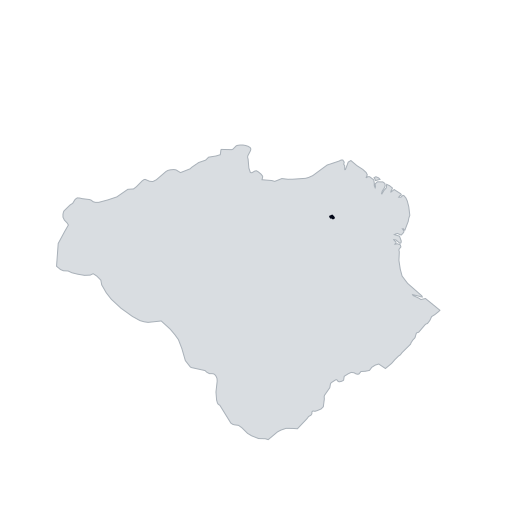 location of Enugu South, Enugu, Nigeria, rotated 221°
{"feature_id": "59680162B14374608149112", "entity_name": "Enugu South", "entity_type": "district", "adm_level": 2, "iso_a3": "NGA", "parent_name": "Nigeria", "parent_adm1": "Enugu", "projection": "orthographic", "projection_center": [7.525, 6.407], "detail": "fine", "context": "in_parent", "style": "filled", "palette": "ink", "viewbox_px": 512, "rotation_deg": 221, "n_neighbors": 0, "source": "geoboundaries", "source_scale": "gbopen_adm2", "svg_char_len": 4492}
<svg xmlns="http://www.w3.org/2000/svg" viewBox="0 0 512 512"><g transform="rotate(221 256 256)"><path d="M399.8,117.4L413.5,135.7L416.6,149.5L417.9,156.3L420.1,157.0L424.2,157.4L427.2,158.7L429.1,160.9L430.2,163.0L430.5,164.2L429.8,172.5L428.9,175.5L429.6,179.6L429.4,181.4L429.0,182.6L427.2,184.0L424.7,185.3L418.8,189.3L417.1,190.0L414.6,190.1L412.4,191.1L409.9,193.3L404.5,201.3L399.8,209.3L396.5,222.2L392.4,226.3L391.7,229.9L391.2,237.9L390.6,240.3L389.9,241.1L385.3,242.6L382.7,244.5L381.2,248.2L379.4,260.6L378.7,262.7L377.2,264.8L374.9,267.2L372.9,268.5L367.7,269.4L362.8,278.8L362.8,280.4L360.6,288.9L356.9,295.3L356.6,299.5L351.9,305.1L349.4,309.0L352.0,313.0L352.2,313.6L344.0,320.4L343.5,321.5L343.2,326.2L342.5,327.4L341.0,329.1L338.8,331.1L336.5,332.5L334.0,333.6L331.5,334.0L330.1,333.4L329.3,332.0L327.9,326.2L327.1,325.0L325.5,323.9L319.1,317.7L315.2,315.4L314.4,315.6L313.7,316.2L312.6,319.4L311.6,320.6L309.5,321.0L306.0,321.1L303.4,320.6L302.8,320.0L301.5,317.5L293.6,323.3L290.8,324.6L287.3,331.4L282.3,334.8L278.9,337.8L269.6,347.1L267.8,349.8L265.9,353.9L262.0,371.3L255.6,382.1L254.7,384.4L254.4,384.4L253.5,385.4L251.0,384.7L249.9,382.7L248.4,382.4L245.7,379.4L245.2,379.9L248.0,387.4L247.0,390.3L239.1,390.4L232.3,391.4L227.7,391.3L225.3,390.3L224.3,387.5L223.9,387.7L223.7,389.2L222.2,390.4L217.0,390.7L214.7,388.7L212.8,386.6L210.8,385.6L211.1,386.5L213.4,388.6L213.1,391.6L208.9,395.1L206.3,395.3L204.6,393.8L203.8,391.4L203.3,387.7L202.2,385.4L201.7,385.4L202.4,389.3L202.4,393.0L204.4,395.8L201.3,396.7L197.6,396.8L197.2,395.7L196.7,393.4L196.1,392.8L195.3,396.8L187.7,397.9L186.7,397.7L186.4,397.0L187.0,395.8L186.9,394.0L185.2,395.4L184.9,398.2L184.0,398.6L181.1,398.2L178.0,396.8L172.9,393.3L166.6,387.6L165.6,385.0L163.8,381.9L160.6,373.2L161.2,372.8L162.6,373.3L163.4,372.5L160.8,371.9L160.2,371.2L160.0,369.3L160.2,367.0L164.1,365.8L165.0,364.4L165.6,362.9L160.7,365.1L156.2,362.6L155.2,361.1L155.7,360.0L161.0,359.9L162.8,358.8L161.7,358.4L159.7,358.5L158.9,357.7L159.0,356.0L158.4,356.4L157.5,357.9L154.4,359.1L152.6,357.9L152.5,355.3L152.1,354.2L150.6,353.2L145.2,346.4L138.5,340.7L132.6,336.7L123.6,334.8L104.7,334.7L103.6,334.2L104.8,333.3L106.4,332.7L112.5,329.6L111.5,329.2L105.2,331.1L103.0,331.3L100.2,335.1L81.6,335.7L81.7,334.0L82.6,329.0L83.7,325.5L82.5,321.3L82.3,317.5L83.0,316.4L83.3,314.9L83.2,305.2L84.2,303.7L84.3,302.8L82.4,298.6L82.5,295.4L82.1,292.3L81.5,290.9L82.4,279.0L82.2,276.1L82.8,274.0L83.2,268.9L83.2,263.9L84.5,256.0L92.5,255.0L94.4,251.9L95.6,248.0L95.3,244.1L97.9,240.7L101.0,237.7L100.9,234.4L101.8,233.4L103.3,232.6L105.4,232.2L107.8,230.6L109.1,227.7L110.5,223.1L108.5,219.9L108.5,219.2L109.3,217.4L110.6,215.7L111.6,215.2L113.9,215.6L114.6,214.9L116.1,209.8L116.0,208.5L113.9,205.0L112.9,195.8L112.3,194.6L110.6,192.9L106.3,186.4L106.5,183.3L108.4,179.4L109.6,177.5L111.3,176.4L111.6,175.5L111.1,174.4L110.3,173.6L110.1,171.8L111.0,169.4L110.8,166.6L111.4,152.8L115.0,150.1L120.3,145.6L123.0,140.9L124.4,137.3L126.3,125.4L129.1,124.2L134.3,119.9L141.4,117.4L146.0,116.6L154.0,117.1L158.1,116.7L161.6,114.4L163.1,113.7L165.4,113.4L185.3,119.6L187.2,119.3L188.7,119.8L191.2,121.4L197.0,127.1L203.2,136.1L205.1,138.0L207.1,139.0L209.0,139.4L210.5,139.3L212.0,138.4L213.9,136.7L216.9,136.0L219.3,136.1L231.8,129.3L233.0,129.2L240.7,130.7L251.2,137.5L259.7,142.0L265.7,143.4L272.8,144.5L284.9,144.8L293.9,135.1L297.2,133.0L301.2,131.1L309.6,129.3L323.6,128.0L336.7,128.4L344.9,130.0L353.5,133.0L357.3,136.0L363.1,136.4L367.3,135.8L368.6,132.8L372.7,128.9L378.8,125.2L383.9,122.6L388.0,121.4L391.7,118.5L394.7,117.5L399.8,117.4ZM217.5,394.5L214.6,395.4L212.7,395.2L215.3,391.3L216.6,392.1L218.3,392.5L217.5,394.5Z" fill="#d9dde1" stroke="#a8b0b8" stroke-width="1"/><path d="M225.7,335.7L225.7,335.3L225.6,335.1L225.7,334.9L225.8,334.7L226.0,334.7L226.2,334.4L226.0,334.2L225.9,334.2L225.7,334.2L225.7,334.3L225.6,334.2L225.5,334.3L225.4,334.2L225.2,334.1L225.1,333.9L224.7,333.8L224.6,334.0L224.6,334.4L224.5,334.8L224.3,335.0L224.2,335.0L224.0,334.9L223.9,334.9L223.7,334.9L223.7,335.0L223.3,334.7L223.2,334.5L222.9,334.5L222.8,334.8L222.7,334.9L222.7,335.0L222.4,335.1L222.2,335.1L222.0,335.5L222.1,335.8L222.2,336.1L222.3,336.1L222.5,336.2L222.8,336.2L222.9,336.3L223.0,336.3L223.2,336.5L223.3,336.5L223.5,336.5L223.8,336.4L224.1,336.5L224.3,336.5L224.5,336.6L224.8,336.7L225.0,336.7L225.3,336.3L225.4,336.2L225.5,336.0L225.6,335.9L225.7,335.7L225.7,335.7Z" fill="#0f172a" stroke="#020617" stroke-width="1.5"/></g></svg>